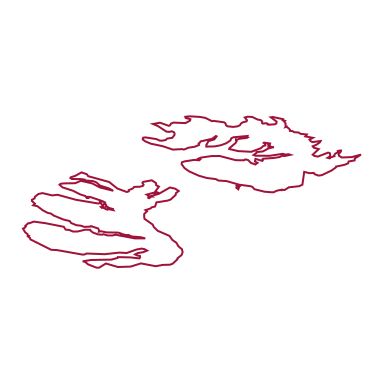 Ísafjarðarbær, Vestfirðir, Iceland
{"feature_id": "244011B55108803715122", "entity_name": "Ísafjarðarbær", "entity_type": "district", "adm_level": 2, "iso_a3": "ISL", "parent_name": "Iceland", "parent_adm1": "Vestfirðir", "projection": "equal_earth", "projection_center": [-22.968, 66.078], "detail": "fine", "context": "isolated", "style": "outline", "palette": "rose", "viewbox_px": 384, "rotation_deg": 0, "n_neighbors": 0, "source": "geoboundaries", "source_scale": "gbopen_adm2", "svg_char_len": 6034}
<svg xmlns="http://www.w3.org/2000/svg" viewBox="0 0 384 384"><path d="M81.5,172.4L75.4,175.8L70.8,177.3L70.4,178.0L71.9,179.0L81.0,179.1L84.6,179.6L84.7,180.4L93.2,181.1L96.7,182.6L99.8,185.5L109.0,188.4L113.3,190.8L100.0,187.5L92.2,183.4L80.8,180.8L75.3,183.2L63.7,183.4L60.5,183.8L59.5,184.8L62.6,187.4L73.1,190.8L80.0,194.3L85.5,196.1L86.7,198.0L87.4,198.0L86.7,197.4L87.3,197.5L87.4,196.9L90.0,196.9L102.1,201.0L104.9,202.4L104.4,203.0L105.1,203.7L104.7,204.0L106.1,205.0L105.8,206.8L107.4,206.7L108.6,207.6L108.1,208.2L109.3,208.0L113.9,209.3L112.2,209.1L113.5,209.6L112.7,209.5L113.2,210.1L108.4,209.1L107.6,209.7L106.5,209.4L103.5,207.9L103.5,207.4L101.9,207.9L100.9,207.0L101.9,206.7L103.5,207.3L102.7,205.1L104.6,204.1L102.4,205.1L100.5,203.0L100.5,202.0L101.4,201.8L101.1,201.6L100.0,201.9L100.3,202.6L99.9,203.0L98.2,203.5L76.0,199.8L57.7,194.8L52.1,195.4L42.5,193.1L38.4,194.0L35.0,196.7L34.6,198.4L31.9,199.8L31.9,201.0L34.9,203.7L33.2,205.3L37.4,206.2L42.8,210.3L47.9,213.0L50.6,213.4L53.8,215.6L63.3,219.5L69.8,221.1L71.1,223.0L76.4,225.2L80.5,225.6L84.4,226.9L91.8,226.5L90.3,226.2L91.0,226.1L98.2,228.5L99.1,230.5L98.9,231.7L100.9,231.2L106.5,232.4L118.1,232.6L121.3,233.6L121.5,234.6L121.9,234.0L126.0,235.1L128.4,235.0L131.9,236.5L140.7,237.2L145.3,238.4L135.0,238.4L119.5,235.5L120.3,235.3L121.4,234.8L121.1,234.7L119.4,235.5L115.9,234.7L112.1,235.5L107.4,235.4L103.3,234.2L102.3,234.7L98.2,234.4L93.0,232.6L90.5,230.6L90.3,229.8L85.2,229.7L77.6,231.5L72.9,231.5L69.3,230.0L65.6,229.6L63.8,226.8L45.5,223.2L33.9,221.6L29.2,223.3L28.2,223.2L25.3,225.9L25.8,226.4L24.6,227.9L23.0,228.6L25.1,232.2L27.7,234.3L27.7,236.0L28.9,236.0L28.5,236.9L30.0,237.9L30.4,239.4L51.2,249.8L57.1,250.1L82.6,254.6L84.4,254.5L86.7,253.5L104.5,254.2L119.4,252.6L126.7,253.0L136.6,249.5L141.5,248.6L144.6,249.2L147.1,250.6L143.2,252.2L138.0,253.0L135.1,254.4L137.2,255.5L139.9,255.9L140.1,257.3L139.4,258.4L130.4,257.4L117.8,257.1L117.6,257.9L111.4,259.6L90.9,260.0L82.7,261.3L85.3,262.0L88.1,264.4L96.3,267.6L99.1,267.7L105.9,263.5L117.9,267.0L130.6,266.6L140.9,263.4L155.7,266.2L162.9,264.9L170.0,264.7L172.7,263.7L177.4,259.3L177.4,258.4L181.6,255.0L182.6,252.3L182.0,249.3L178.4,246.3L176.4,242.8L172.3,239.9L169.5,235.9L157.7,230.8L153.8,227.0L152.7,224.6L144.5,218.8L144.2,216.8L144.2,214.0L147.0,211.3L145.5,210.1L150.7,208.4L151.5,207.4L155.1,206.5L156.4,202.4L167.6,200.6L170.7,199.5L175.6,195.0L176.0,193.1L178.7,191.0L175.2,188.7L169.9,187.5L158.7,193.9L150.8,196.1L151.5,196.5L150.0,196.5L151.5,196.6L149.0,198.2L148.2,197.8L148.5,196.4L149.8,196.5L146.7,194.6L155.3,192.3L155.9,193.0L154.6,193.6L154.9,194.6L156.8,193.1L157.3,193.5L157.0,193.0L157.6,192.5L155.3,191.5L158.9,186.6L156.2,185.2L156.0,183.1L151.8,180.3L143.1,181.9L142.4,182.9L143.6,184.8L143.0,185.8L140.0,186.7L134.2,186.9L132.8,188.5L128.8,190.1L128.8,191.3L126.8,192.0L117.3,188.5L109.2,182.0L88.2,176.2L86.8,174.2L81.5,172.4ZM361.0,154.6L351.7,157.1L341.8,157.5L338.9,155.7L338.6,154.2L340.9,151.5L341.0,150.5L340.0,150.5L337.8,151.0L338.1,152.1L335.2,153.7L334.1,155.5L334.4,156.2L331.1,157.2L329.7,158.4L327.6,157.8L329.5,156.7L330.2,155.1L329.9,153.3L328.1,152.6L317.8,156.6L314.4,155.9L312.7,154.7L318.7,149.1L313.7,147.6L312.7,146.3L316.5,144.7L319.9,142.3L320.6,141.0L312.5,142.1L310.7,141.2L309.5,139.6L312.9,137.8L305.3,136.4L306.8,134.5L300.5,133.8L298.6,132.5L294.2,132.2L292.5,131.1L289.9,130.9L289.9,129.6L288.8,128.5L286.8,126.9L285.7,127.1L286.1,126.6L285.5,126.6L285.9,126.4L285.5,126.1L285.6,123.5L284.3,121.7L285.0,120.9L282.7,120.3L283.2,119.2L272.9,117.0L270.8,117.3L276.6,121.6L276.3,123.5L274.8,124.3L269.2,124.7L267.7,124.5L267.8,123.8L266.3,123.2L262.8,123.6L262.1,123.1L262.2,121.4L260.7,120.1L257.5,119.5L252.3,117.0L247.9,116.7L244.8,117.5L247.0,120.2L246.5,121.4L242.9,122.3L241.1,123.4L239.9,125.2L237.7,126.3L233.3,126.9L227.4,126.3L226.1,125.3L225.4,123.2L224.0,122.3L213.7,120.9L212.0,121.2L205.4,117.9L199.9,116.9L189.3,116.3L185.3,116.8L185.7,118.0L190.4,119.2L190.1,120.6L185.4,123.1L173.6,122.6L171.0,123.6L169.9,125.4L168.7,125.8L160.0,122.7L153.0,124.0L158.0,126.1L166.4,131.6L169.3,131.9L171.8,131.3L173.8,132.1L174.5,133.1L174.5,134.9L172.3,137.8L167.1,138.6L165.7,140.0L162.1,140.7L159.7,140.6L156.5,139.1L145.5,137.4L143.1,137.7L142.7,139.4L145.0,141.2L150.8,143.7L162.8,146.2L172.8,149.6L182.3,149.1L183.9,149.6L188.5,147.7L194.9,146.7L199.0,145.0L198.6,143.4L199.7,142.8L200.6,141.4L212.1,138.8L215.9,136.0L216.6,136.4L214.3,139.4L208.5,141.1L206.3,145.1L206.3,146.6L214.7,146.4L221.0,145.2L226.3,143.2L230.4,140.5L231.3,138.3L233.3,137.3L247.3,136.0L246.8,136.8L247.8,137.3L246.8,137.9L239.2,138.8L237.2,139.6L236.0,139.3L235.9,140.4L236.6,141.2L235.6,143.0L229.4,148.2L229.2,149.0L238.1,151.1L251.3,151.8L260.9,148.2L263.2,146.1L265.3,145.4L264.9,143.6L263.7,142.9L264.0,142.6L270.1,143.5L269.9,144.2L268.4,144.9L269.5,145.5L268.6,146.5L273.9,147.2L269.0,148.2L262.9,151.4L256.6,152.1L256.6,152.8L253.6,155.0L255.5,155.7L269.7,155.8L282.8,153.8L285.3,154.6L288.5,154.2L290.4,154.8L284.7,156.0L282.1,155.8L279.4,157.1L273.4,158.0L263.1,158.7L262.5,159.2L262.9,160.1L262.4,160.9L255.5,158.9L254.9,161.5L257.5,162.9L255.3,164.5L250.7,162.8L248.4,160.2L246.1,159.5L244.9,159.5L244.1,160.3L235.8,160.2L219.7,156.0L211.2,156.1L201.0,157.6L198.5,158.6L200.2,159.4L199.2,160.3L194.3,159.9L184.5,161.4L181.9,162.3L181.6,164.1L184.6,168.2L189.2,171.4L198.8,175.7L206.8,178.0L215.9,179.1L218.3,180.5L226.6,181.1L239.2,184.7L250.4,186.2L252.4,186.9L254.4,189.2L264.5,191.7L270.4,192.2L273.5,192.3L276.6,190.8L280.0,190.0L281.6,190.2L281.7,189.7L284.5,190.0L284.1,190.3L288.9,187.3L299.2,186.2L302.4,184.7L304.2,171.9L309.7,173.2L313.7,172.9L314.5,174.1L318.5,175.6L321.9,175.1L331.4,170.6L335.9,167.4L336.1,166.6L344.6,164.8L348.1,163.3L348.6,161.5L354.6,160.4L354.8,158.5L361.0,154.6ZM237.8,185.6L236.5,186.0L237.1,187.0L236.4,187.8L238.3,189.3L238.8,187.9L238.0,187.4L239.4,186.8L238.6,186.8L239.3,186.5L237.8,185.6ZM110.9,208.8L109.0,208.8L111.2,209.2L110.9,208.8Z" fill="none" stroke="#9f1239" stroke-width="2"/></svg>